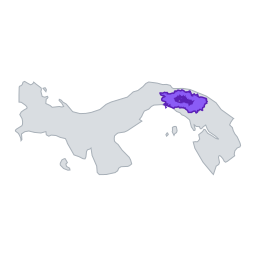 Chepo, Panama shown in context
{"feature_id": "35544464B69999703107277", "entity_name": "Chepo", "entity_type": "district", "adm_level": 2, "iso_a3": "PAN", "parent_name": "Panama", "parent_adm1": "", "projection": "orthographic", "projection_center": [-78.725, 9.102], "detail": "fine", "context": "in_parent", "style": "filled", "palette": "violet", "viewbox_px": 256, "rotation_deg": 0, "n_neighbors": 0, "source": "geoboundaries", "source_scale": "gbopen_adm2", "svg_char_len": 8367}
<svg xmlns="http://www.w3.org/2000/svg" viewBox="0 0 256 256"><path d="M233.7,118.6L232.9,119.1L230.8,122.2L229.6,124.9L232.4,127.6L233.2,130.6L234.8,133.8L237.3,137.0L240.0,143.0L240.6,145.4L239.9,146.9L237.3,147.9L234.9,150.7L234.2,154.1L234.7,155.8L227.4,161.3L225.6,162.2L224.3,161.4L222.8,158.6L220.9,156.4L219.9,155.7L219.4,155.6L218.8,156.1L218.5,157.3L219.5,162.5L218.7,164.5L216.2,166.1L213.4,174.5L212.3,173.4L203.0,162.2L194.9,148.3L193.2,142.0L195.3,141.7L197.3,141.8L198.4,140.8L199.7,139.0L198.7,134.7L202.6,131.5L204.0,129.3L205.1,129.6L207.7,133.3L211.4,135.4L216.0,138.5L218.8,139.2L215.2,135.9L209.0,131.7L207.3,128.9L205.7,125.0L203.3,126.7L202.1,128.1L200.9,128.9L199.8,127.9L199.6,126.7L196.0,126.4L195.0,125.3L194.1,124.7L194.5,127.1L195.2,128.6L194.9,130.4L193.7,130.5L192.7,128.7L191.4,127.0L189.6,119.9L185.5,116.5L183.6,115.4L182.1,115.0L179.8,112.7L176.7,111.5L172.6,108.0L167.6,105.5L161.4,104.6L153.9,105.1L151.3,106.5L149.6,108.3L148.8,109.1L144.3,111.1L142.7,114.1L141.6,116.6L139.4,119.4L141.9,121.1L127.4,130.7L124.5,132.0L118.0,133.0L116.5,134.0L114.5,135.9L114.2,138.8L114.5,141.3L116.4,143.2L118.0,144.4L122.1,150.1L129.2,157.3L130.6,160.0L131.7,163.9L129.5,165.7L127.8,166.4L121.0,166.7L118.6,168.3L117.7,170.7L115.1,172.6L106.3,174.5L99.3,174.6L97.2,172.4L96.7,166.1L92.1,155.4L91.0,148.0L89.9,149.0L87.4,149.8L86.5,151.6L85.9,157.0L85.0,158.9L83.0,158.7L79.1,156.7L74.0,154.9L67.4,143.3L66.7,141.2L65.4,138.6L60.3,137.4L56.0,135.5L51.2,135.1L48.8,136.2L46.3,134.8L45.9,131.6L40.9,133.0L34.5,132.4L28.8,131.0L24.8,131.7L21.5,133.9L21.9,139.6L21.0,140.7L20.8,138.4L19.7,135.7L18.4,133.4L15.5,131.1L15.4,130.2L16.5,129.1L21.8,125.8L22.5,124.4L22.6,121.5L22.1,118.7L19.8,114.6L21.2,112.0L23.9,110.0L26.7,108.5L27.1,107.8L26.6,106.4L25.0,104.9L21.3,102.3L19.0,102.1L19.0,94.7L19.2,86.9L19.8,86.1L21.2,85.6L22.3,84.5L23.0,82.2L24.6,81.4L27.6,83.2L30.6,84.8L31.9,84.3L32.8,83.5L33.5,82.8L33.7,82.1L36.2,84.2L41.1,87.9L41.4,89.7L40.9,91.5L42.2,96.5L44.8,97.2L47.4,96.3L48.0,97.2L47.5,98.2L46.2,99.2L45.8,103.5L50.1,105.5L52.2,107.3L59.3,106.5L61.9,107.0L63.7,106.5L61.7,103.1L59.1,100.5L59.3,99.3L61.3,100.2L62.8,102.0L66.3,104.1L72.7,111.7L80.0,113.6L85.8,113.4L91.3,112.4L99.9,109.5L106.2,104.3L111.2,102.0L127.4,97.1L133.2,91.9L135.6,91.2L137.9,90.5L143.0,86.6L145.8,83.5L148.7,82.0L157.2,83.1L162.7,84.6L166.6,84.4L170.3,85.4L171.9,87.7L173.5,88.6L182.6,88.4L190.0,89.5L206.3,96.1L216.0,102.7L221.2,109.6L233.7,118.6ZM70.0,170.0L67.9,170.2L63.6,168.5L60.4,165.2L60.2,164.2L60.3,163.1L62.0,159.8L64.3,158.7L65.2,158.7L67.4,162.6L65.9,164.0L66.5,166.4L69.6,168.2L70.0,170.0ZM174.8,133.7L174.0,135.4L172.2,131.7L172.5,130.7L172.4,127.4L174.1,126.5L175.4,126.4L176.4,126.9L177.1,130.8L176.5,132.6L174.8,133.7ZM46.4,89.8L45.9,91.7L43.0,88.3L44.7,87.8L45.4,87.9L46.4,89.8ZM168.3,134.5L166.6,136.2L165.9,134.6L167.1,132.9L167.6,132.9L168.3,134.5Z" fill="#d9dde1" stroke="#a8b0b8" stroke-width="1"/><path d="M204.3,105.5L205.0,104.0L206.7,103.1L206.4,102.7L207.1,101.4L206.3,100.8L206.6,99.8L205.9,98.9L206.2,98.5L202.2,97.2L200.6,97.0L199.5,97.4L197.7,96.2L198.1,96.0L197.5,94.3L196.0,95.1L194.7,94.7L194.2,93.9L193.0,94.6L192.7,95.6L192.2,95.0L191.6,95.4L190.9,92.9L189.9,92.5L190.3,91.6L190.0,91.1L189.3,91.0L188.4,91.9L186.7,91.9L186.4,92.3L185.4,92.1L183.5,90.6L181.9,89.9L180.8,90.8L178.0,90.1L176.1,91.4L175.1,90.9L174.4,91.9L174.6,92.5L173.4,93.3L172.4,93.1L170.1,93.9L167.5,93.8L167.7,93.2L167.1,92.5L165.6,92.7L164.7,92.3L162.5,93.2L160.6,92.9L160.0,93.1L160.7,94.8L162.7,95.7L163.6,95.5L164.8,96.6L162.5,97.7L161.7,99.0L161.9,100.3L162.4,100.8L165.6,101.7L165.6,103.1L166.1,103.3L165.6,103.5L165.8,104.0L165.5,104.2L165.6,103.8L165.0,103.7L164.8,104.6L164.7,103.9L164.3,104.0L164.6,104.8L164.4,104.6L164.2,104.7L165.0,105.0L164.7,104.8L166.1,105.3L167.2,104.7L166.9,105.5L169.1,106.5L169.4,106.1L168.2,105.3L169.2,105.9L169.3,105.6L169.5,105.5L169.4,105.5L169.3,105.3L169.5,105.2L169.3,105.9L169.8,106.1L169.4,106.4L173.7,108.2L174.2,108.1L174.8,107.2L177.1,107.2L178.4,106.5L179.6,107.8L180.5,107.8L181.0,107.3L182.0,107.8L183.5,107.5L184.1,108.2L185.1,108.0L185.5,109.0L187.5,110.4L188.4,112.4L191.7,112.4L192.2,111.8L194.0,111.1L195.5,111.3L195.9,112.7L196.3,112.9L197.4,112.1L197.7,110.6L198.7,110.7L199.6,109.5L200.8,109.6L202.2,110.4L202.6,110.1L202.3,109.4L202.7,107.6L204.3,106.8L204.3,105.5ZM179.8,102.2L179.8,103.0L179.8,102.2L179.6,102.1L178.0,101.9L177.4,101.5L177.7,101.1L176.0,101.1L175.8,100.6L176.0,100.4L175.5,100.4L175.4,100.1L176.0,100.4L176.3,100.8L176.6,100.6L176.7,100.4L176.3,100.5L176.1,100.0L176.3,99.6L175.6,99.6L175.7,98.6L175.3,98.3L175.7,98.2L176.0,98.6L175.8,98.0L175.9,97.9L176.0,97.8L175.8,97.7L176.2,97.8L176.0,98.6L176.5,97.7L176.9,97.7L176.9,98.4L177.3,98.0L177.5,98.2L177.3,97.8L177.5,97.3L177.7,98.1L177.8,97.5L178.3,97.7L177.9,98.3L178.3,98.0L178.3,98.3L178.4,98.6L178.6,98.8L178.3,98.9L178.3,99.1L178.6,99.1L178.8,97.6L177.8,97.3L177.9,96.9L179.1,96.8L178.9,96.6L179.1,96.2L179.2,96.7L180.3,96.7L180.0,96.3L180.3,96.0L180.6,96.7L181.5,96.6L181.8,96.1L181.6,96.7L182.1,97.0L182.9,96.4L182.8,96.9L184.2,96.8L183.7,96.9L183.6,97.1L183.8,97.4L184.5,96.9L184.3,97.6L186.1,97.3L185.3,97.8L185.7,97.7L185.8,98.1L185.2,98.2L184.8,99.0L184.4,99.2L185.4,99.5L185.5,100.2L185.7,99.8L186.2,99.4L186.1,100.1L186.7,99.7L187.1,100.2L189.1,100.5L189.0,100.3L189.5,99.6L189.1,100.3L190.4,100.4L189.9,101.0L190.5,101.0L190.3,101.7L190.7,101.2L191.5,101.2L192.1,102.5L192.4,101.7L192.9,101.5L192.4,102.3L192.9,102.6L192.3,102.4L192.0,103.1L191.9,102.8L191.8,102.6L191.8,102.4L191.7,102.3L191.7,103.3L191.5,102.3L191.2,102.5L191.1,102.3L190.9,102.8L190.8,103.0L190.9,102.7L190.5,102.6L190.7,102.4L190.4,102.3L190.1,104.2L189.5,104.7L189.6,104.0L189.2,104.1L189.5,102.4L189.0,102.8L188.4,102.2L188.4,102.9L187.9,102.6L188.2,103.1L187.7,102.7L187.3,102.8L187.7,102.5L187.5,102.3L188.0,102.2L187.4,102.1L187.8,101.9L187.6,100.9L186.7,102.6L186.1,102.4L186.6,101.8L186.1,102.1L186.0,100.6L186.6,100.0L186.2,100.1L185.7,100.0L185.7,100.5L185.9,100.3L186.1,100.4L185.6,100.7L185.7,101.6L185.2,101.5L185.0,102.0L185.2,100.8L184.7,100.6L184.6,101.4L184.2,101.9L183.6,101.8L184.0,101.6L183.8,100.7L184.2,100.6L183.8,100.6L183.5,100.0L184.1,100.3L183.9,100.0L185.3,100.2L184.8,99.9L185.0,99.6L184.5,99.8L183.8,99.3L184.7,98.9L184.7,98.2L183.3,98.2L182.7,97.7L180.7,97.4L179.6,98.2L178.9,97.8L179.2,98.2L178.7,98.5L179.3,98.7L179.1,99.0L181.0,99.2L180.3,99.4L180.3,99.7L180.2,99.8L180.7,99.7L180.9,99.8L180.9,100.0L181.3,99.3L181.9,99.3L181.3,100.2L182.1,100.1L182.3,100.4L181.5,100.2L181.7,100.8L182.4,101.1L182.8,101.5L182.9,101.4L183.1,101.5L182.5,101.8L182.2,101.0L181.3,101.0L181.4,101.8L181.7,101.8L181.8,101.9L181.8,102.1L181.5,101.9L181.2,102.3L180.9,101.7L181.0,102.1L180.6,102.2L180.4,101.6L180.3,102.4L179.8,102.2ZM191.8,103.2L191.9,103.3L191.7,103.4L191.8,103.2ZM190.9,102.7L190.7,102.7L190.9,102.7L190.9,102.7ZM190.6,102.9L190.6,103.0L190.5,102.8L190.6,102.9ZM176.5,99.2L176.5,100.3L178.6,100.0L177.8,99.8L177.8,99.4L177.7,99.7L176.5,99.2ZM176.6,98.0L176.3,98.6L176.6,98.5L176.5,98.9L175.8,98.9L176.1,99.1L176.6,99.1L176.9,98.9L177.1,99.0L176.6,98.0ZM191.1,101.8L190.5,101.9L190.5,102.1L191.2,102.0L191.3,102.3L191.4,102.2L191.2,101.9L191.1,101.8ZM185.2,97.8L184.6,97.7L184.6,97.8L185.2,97.8ZM166.1,107.3L165.8,107.1L165.9,107.5L166.1,107.3ZM191.8,101.9L191.2,101.8L191.7,102.1L191.8,101.9ZM180.8,99.9L180.5,99.8L180.6,100.1L180.8,99.9ZM184.0,98.0L183.9,97.9L183.8,98.0L184.0,98.0ZM179.0,99.0L178.9,98.7L178.8,99.0L179.0,99.0ZM179.1,97.7L178.9,97.6L179.1,97.7ZM181.4,100.9L181.3,100.6L181.3,100.8L181.4,100.9ZM177.5,98.9L177.3,98.9L177.4,99.0L177.5,98.9ZM180.3,99.7L180.1,99.5L180.3,99.7ZM178.4,98.4L178.2,98.4L178.4,98.5L178.4,98.4ZM178.5,101.5L178.4,101.6L178.5,101.5ZM181.1,100.3L180.9,100.3L181.0,100.4L181.1,100.3ZM177.1,99.2L176.9,99.1L177.0,99.2L177.1,99.2ZM180.3,99.2L180.1,99.1L180.2,99.3L180.3,99.2ZM178.6,99.7L178.5,99.8L178.6,99.7ZM190.9,101.5L190.9,101.4L190.7,101.5L190.9,101.5ZM177.2,99.1L177.2,98.9L177.1,99.1L177.2,99.1ZM177.4,98.5L177.3,98.4L177.3,98.5L177.4,98.5ZM177.5,99.0L177.7,98.8L177.5,99.0ZM181.5,100.6L181.3,100.5L181.5,100.6ZM177.2,98.4L177.3,98.3L177.1,98.4L177.2,98.4ZM190.9,102.2L190.9,102.3L190.9,102.2ZM176.3,99.3L176.4,99.2L176.3,99.3ZM177.3,98.7L177.2,98.5L177.3,98.7ZM180.0,99.3L180.0,99.1L179.8,99.2L180.0,99.3Z" fill="#8b5cf6" stroke="#5b21b6" stroke-width="1.5"/></svg>